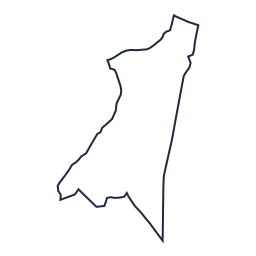 Pacatuba, Ceará, Brazil (orthographic projection)
{"feature_id": "56859067B42057583895645", "entity_name": "Pacatuba", "entity_type": "district", "adm_level": 2, "iso_a3": "BRA", "parent_name": "Brazil", "parent_adm1": "Ceará", "projection": "orthographic", "projection_center": [-38.602, -3.952], "detail": "fine", "context": "isolated", "style": "outline", "palette": "slate", "viewbox_px": 256, "rotation_deg": 0, "n_neighbors": 0, "source": "geoboundaries", "source_scale": "gbopen_adm2", "svg_char_len": 1193}
<svg xmlns="http://www.w3.org/2000/svg" viewBox="0 0 256 256"><path d="M162.6,240.6L162.7,236.2L163.4,185.8L163.8,176.2L165.9,166.5L170.7,145.4L172.3,138.0L175.4,120.6L183.7,76.1L185.5,73.0L187.5,70.1L189.4,67.6L190.6,62.9L188.2,56.5L192.8,54.6L194.2,49.2L194.6,44.4L195.5,38.8L198.3,25.2L192.6,23.3L188.2,21.9L180.6,18.5L176.8,16.9L173.9,15.4L171.8,24.1L170.0,30.3L166.2,31.7L163.6,34.1L162.5,37.3L160.3,40.0L157.5,42.1L153.9,45.2L149.6,48.2L146.5,49.4L142.4,49.7L136.8,50.2L130.6,49.9L126.0,50.7L121.6,52.5L118.5,54.6L114.3,57.3L110.7,59.2L107.4,60.1L109.0,64.3L110.3,68.5L114.5,69.7L116.4,73.5L117.6,77.4L118.8,80.9L120.5,85.9L121.2,90.1L120.8,94.7L116.7,103.0L115.7,111.0L114.1,114.4L112.0,119.1L108.6,122.3L102.2,127.8L100.4,132.3L97.3,134.0L90.4,145.7L86.2,153.2L81.3,156.4L78.3,160.1L76.0,162.2L71.9,165.0L70.1,168.2L67.6,172.0L63.6,177.4L59.9,182.2L57.7,185.6L58.2,190.8L60.8,194.8L60.4,199.8L74.8,194.5L78.5,189.4L96.4,206.8L104.3,206.0L105.9,201.7L107.0,197.9L110.5,197.2L115.0,197.9L120.0,197.6L124.3,196.6L126.8,193.0L128.5,196.5L134.7,205.8L137.7,209.0L141.6,213.3L144.4,216.8L146.7,219.7L149.9,223.4L151.9,226.2L162.6,240.6Z" fill="none" stroke="#1e293b" stroke-width="2"/></svg>